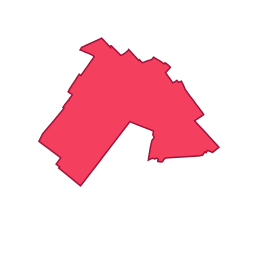 Gugesti, Vrancea, Romania (Albers equal-area conic projection), rotated 126°
{"feature_id": "2599482B37813268107043", "entity_name": "Gugesti", "entity_type": "district", "adm_level": 2, "iso_a3": "ROU", "parent_name": "Romania", "parent_adm1": "Vrancea", "projection": "albers", "projection_center": [27.148, 45.569], "detail": "fine", "context": "isolated", "style": "filled", "palette": "rose", "viewbox_px": 256, "rotation_deg": 126, "n_neighbors": 0, "source": "geoboundaries", "source_scale": "gbopen_adm2", "svg_char_len": 4302}
<svg xmlns="http://www.w3.org/2000/svg" viewBox="0 0 256 256"><g transform="rotate(126 128 128)"><path d="M199.5,164.9L199.6,161.9L199.6,160.5L201.1,160.6L201.3,157.0L201.7,149.2L202.3,139.6L202.7,132.4L199.7,132.3L197.4,132.2L195.3,132.1L192.5,132.1L189.7,132.0L187.9,131.9L184.8,131.9L181.0,131.7L180.5,131.7L177.4,131.6L173.8,131.5L163.2,131.3L155.7,131.1L140.0,130.7L121.8,130.2L119.2,120.0L115.6,106.2L115.5,105.8L117.0,104.8L117.4,104.6L118.0,104.4L118.6,104.1L119.1,103.6L119.7,102.4L120.2,101.4L120.5,101.2L120.8,101.1L121.4,101.2L124.0,101.3L130.3,98.6L142.1,92.7L138.2,90.6L137.9,89.7L137.6,89.4L137.5,89.1L137.5,88.8L137.5,88.4L137.3,88.0L137.0,87.9L136.5,87.7L135.6,87.2L135.5,86.8L135.4,86.3L135.4,85.8L135.7,85.5L135.8,85.3L135.9,84.9L136.0,84.8L136.3,85.0L136.8,84.8L137.1,84.6L137.4,84.4L137.5,84.2L137.5,83.8L137.2,83.3L136.8,82.9L136.7,82.7L136.5,82.2L136.4,81.9L136.2,81.5L136.0,81.4L135.8,81.2L135.7,81.0L135.0,80.3L132.4,80.5L130.2,80.0L127.6,76.9L126.5,75.6L122.9,71.2L120.1,67.8L117.5,64.6L114.0,60.4L111.7,57.6L109.8,55.3L108.8,54.1L107.8,53.2L107.1,52.5L106.5,52.2L106.0,51.6L102.2,51.9L102.0,51.3L102.2,50.3L101.6,50.3L99.5,50.6L98.0,45.2L96.5,44.8L94.7,44.3L90.7,43.2L90.1,43.1L89.4,46.4L89.1,48.1L88.2,52.7L87.1,58.0L86.3,61.8L85.5,65.8L84.8,69.7L84.5,71.5L83.8,74.7L83.1,78.4L81.4,77.8L79.5,77.1L77.6,76.4L76.0,75.8L74.7,75.3L74.0,75.1L73.2,74.8L73.0,74.7L72.8,74.6L72.7,74.7L72.5,75.1L72.3,75.5L71.7,77.1L71.6,77.6L71.5,78.1L71.2,79.0L70.6,80.9L70.5,81.2L70.0,82.6L70.0,82.9L69.6,84.1L69.5,84.4L69.5,84.6L69.3,85.1L69.2,85.7L68.9,86.6L68.4,88.1L68.2,88.6L67.5,90.6L67.1,91.7L67.0,92.2L67.1,92.5L66.9,93.0L66.7,93.3L66.6,93.6L66.5,94.0L66.3,94.5L66.3,94.9L66.1,95.5L66.0,96.0L65.8,96.4L65.3,98.2L65.1,98.7L64.7,100.0L64.0,101.9L64.0,102.0L63.7,103.1L63.4,103.8L63.3,104.2L62.6,105.4L62.5,105.5L61.7,106.9L61.5,107.2L60.8,108.3L60.5,108.9L60.1,109.6L59.9,110.0L59.8,110.3L59.4,111.1L58.8,112.1L58.7,112.3L59.3,112.7L60.0,113.1L61.3,113.9L61.3,114.0L61.2,114.6L60.9,115.4L60.9,115.8L60.7,116.4L61.2,116.6L62.1,116.9L63.0,117.3L63.7,117.6L64.7,118.1L65.1,118.3L65.0,118.6L64.8,119.4L64.0,121.5L63.3,123.7L62.8,125.3L62.0,127.7L61.1,130.1L56.7,129.6L53.9,129.4L53.7,130.7L53.5,132.1L53.5,132.3L53.4,133.5L53.4,134.2L53.3,135.4L53.6,135.5L53.6,136.4L54.2,136.4L54.2,136.5L54.7,136.5L54.9,136.7L54.9,136.9L55.0,137.1L54.9,137.2L55.0,137.4L55.0,137.6L55.0,137.8L55.0,138.1L55.0,138.7L54.9,139.2L54.9,139.5L54.9,139.8L54.9,140.2L55.0,141.3L55.1,142.2L55.1,142.9L55.1,143.1L55.2,143.4L55.3,144.1L55.3,144.4L55.4,145.0L55.4,145.5L55.5,146.1L55.5,146.9L55.6,147.6L55.6,148.4L55.8,148.5L55.8,149.0L56.1,149.0L57.5,149.0L58.2,149.0L58.3,149.1L58.7,149.1L60.9,150.7L61.5,151.2L63.3,152.5L63.8,152.8L65.2,153.7L66.6,154.6L66.7,154.8L66.6,155.3L66.6,155.9L66.1,158.4L66.0,158.9L67.0,159.0L66.0,164.1L64.1,173.6L64.9,173.5L65.6,173.6L66.6,173.8L67.4,174.0L68.5,174.2L69.5,174.5L70.5,174.9L71.0,175.2L71.8,175.5L73.5,176.4L73.6,176.7L73.5,176.9L73.3,177.6L73.3,178.0L73.2,178.5L73.1,179.1L72.9,179.8L72.8,180.4L72.8,181.1L72.7,181.5L72.5,182.7L72.2,184.0L72.0,185.9L71.4,189.5L71.4,190.1L71.8,190.3L72.7,190.0L73.1,189.7L71.7,197.3L70.8,202.1L75.3,204.6L79.4,206.9L79.8,207.1L80.8,207.7L81.8,208.3L84.3,209.7L85.6,210.5L87.0,211.2L90.1,212.9L90.2,212.7L91.2,212.7L93.0,212.6L92.7,211.8L92.5,211.1L92.2,209.8L92.1,209.4L92.1,209.1L91.9,207.9L91.2,205.2L90.8,203.8L90.5,202.4L90.2,201.4L90.2,200.8L90.1,199.9L90.0,199.0L90.0,198.1L90.0,197.4L91.0,197.3L92.9,197.2L95.7,197.2L96.5,197.2L99.8,197.1L102.7,197.0L103.5,197.0L104.5,197.1L106.1,197.0L108.1,197.0L109.7,197.0L113.2,197.0L113.2,199.1L114.4,199.0L115.7,199.0L117.4,198.9L118.5,198.8L120.0,198.7L122.2,198.6L124.2,198.5L125.5,198.5L126.3,198.5L127.3,198.4L128.5,198.3L130.9,198.2L131.7,198.0L133.2,197.8L133.9,197.7L133.9,196.8L133.9,195.3L133.9,194.8L133.8,194.3L133.8,193.9L133.8,192.9L133.9,192.7L134.0,192.6L134.7,192.5L136.0,192.5L137.1,192.6L138.4,192.6L139.0,192.6L139.3,192.6L139.8,192.1L140.0,192.1L140.4,192.2L140.6,192.5L140.8,192.6L141.6,192.6L143.2,192.7L144.3,192.7L145.0,192.8L147.3,192.8L148.6,192.7L149.6,192.7L149.7,191.4L150.0,191.4L159.0,191.9L165.9,192.3L174.4,193.0L182.9,193.6L191.2,192.2L191.3,184.1L191.3,180.5L191.4,176.3L191.6,164.9L199.5,164.9Z" fill="#f43f5e" stroke="#9f1239" stroke-width="1.5"/></g></svg>